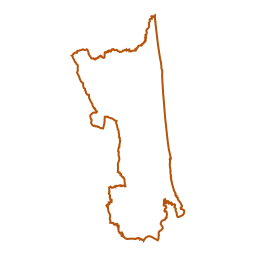 Tha Sala, Nakhon Si Thammarat, Thailand (Equal Earth projection)
{"feature_id": "78962969B88164862603856", "entity_name": "Tha Sala", "entity_type": "district", "adm_level": 2, "iso_a3": "THA", "parent_name": "Thailand", "parent_adm1": "Nakhon Si Thammarat", "projection": "equal_earth", "projection_center": [99.868, 8.707], "detail": "fine", "context": "isolated", "style": "outline", "palette": "amber", "viewbox_px": 256, "rotation_deg": 0, "n_neighbors": 0, "source": "geoboundaries", "source_scale": "gbopen_adm2", "svg_char_len": 5854}
<svg xmlns="http://www.w3.org/2000/svg" viewBox="0 0 256 256"><path d="M184.2,210.4L182.3,209.3L180.7,208.9L180.7,207.6L182.0,206.6L182.0,205.9L180.4,202.8L178.3,200.1L177.8,198.9L177.7,197.6L176.8,197.4L176.6,195.9L176.1,196.0L175.7,195.8L175.3,194.6L175.7,193.8L174.0,190.5L171.8,182.9L171.9,182.3L171.3,180.9L171.5,180.6L170.9,178.6L171.1,178.4L170.7,176.2L171.1,176.0L170.4,173.0L170.3,171.5L170.6,171.3L169.7,164.4L169.9,163.9L170.0,160.6L170.7,158.9L169.9,158.9L170.3,157.7L170.7,157.7L168.8,149.2L167.9,142.9L165.3,119.5L163.1,93.1L163.0,90.0L162.9,89.9L162.1,75.8L162.3,70.7L161.5,68.8L161.1,63.4L160.0,58.0L157.9,44.2L155.4,22.6L155.5,21.7L155.2,21.4L154.9,15.4L154.4,15.8L153.9,17.0L152.0,16.1L151.5,16.2L151.3,16.8L152.0,18.1L151.9,18.8L150.0,19.1L149.6,19.6L149.8,21.6L148.9,23.0L148.8,23.6L149.2,25.7L149.1,26.6L148.2,28.3L146.7,29.6L146.3,31.1L146.8,32.3L146.5,34.1L146.3,34.5L145.6,34.6L145.3,35.1L145.4,35.7L146.0,35.9L145.6,37.2L145.3,37.5L146.1,37.9L145.6,39.3L145.7,40.8L145.2,41.4L145.0,41.0L144.9,41.9L144.3,42.4L144.0,42.2L143.6,43.0L143.4,42.9L142.3,44.6L141.9,44.3L141.3,45.3L141.0,45.0L140.3,45.6L138.4,45.8L137.7,47.5L136.7,48.1L136.8,48.8L135.8,49.0L135.8,49.4L135.5,49.3L135.6,50.6L132.8,50.6L130.9,51.4L129.7,51.1L129.4,51.2L129.5,49.7L129.3,49.4L128.7,50.0L127.4,50.0L127.0,50.5L126.4,50.6L126.2,49.7L125.8,50.2L125.1,49.9L124.6,50.3L123.2,50.5L122.5,51.4L119.8,52.1L119.2,51.6L117.7,51.0L117.3,50.3L116.7,49.9L115.2,50.3L114.2,49.6L113.4,49.7L113.3,49.4L112.7,49.8L112.2,49.3L112.0,49.7L110.9,50.3L110.9,51.4L110.4,51.5L110.1,50.6L109.8,50.7L110.0,51.2L109.7,51.4L108.9,50.7L108.2,51.9L107.6,51.4L107.4,52.0L106.7,51.9L106.5,52.5L105.6,52.7L105.3,52.2L104.8,52.3L104.6,53.2L104.6,56.9L104.2,57.6L103.8,57.9L102.4,57.5L101.7,56.3L100.7,55.8L100.5,56.5L99.6,56.2L99.4,56.6L98.5,56.9L98.4,57.6L98.1,57.5L97.3,58.2L96.0,58.3L95.6,58.6L95.8,59.1L95.2,59.5L94.7,59.4L94.2,58.7L93.8,58.8L93.2,58.3L92.5,58.6L91.3,58.4L91.0,57.6L89.1,54.9L88.5,53.5L88.6,52.8L88.4,52.1L88.0,51.4L87.6,50.1L86.8,49.3L85.1,50.1L84.1,49.9L83.2,49.4L82.6,49.4L81.1,50.2L80.0,50.2L78.9,50.8L77.4,50.8L77.1,51.2L77.1,52.7L76.2,52.8L75.6,52.5L74.6,52.8L73.8,53.7L73.3,53.9L72.5,55.5L71.8,55.7L72.7,56.7L73.3,58.4L74.7,61.1L74.9,61.9L76.1,63.1L76.6,64.2L77.5,64.8L77.9,66.3L77.6,68.9L77.9,70.3L77.0,72.5L79.3,77.0L79.6,78.6L81.2,81.8L83.2,83.2L83.1,85.4L83.8,88.0L85.0,88.8L85.1,90.3L85.9,91.7L86.1,93.1L87.2,94.6L87.5,94.8L88.9,94.7L89.1,97.9L90.7,101.4L92.3,103.9L92.7,106.0L93.9,107.9L94.2,107.8L94.8,108.3L95.0,108.8L94.7,109.1L96.0,110.6L96.3,111.4L96.9,111.5L96.7,112.3L96.0,112.8L94.0,112.5L93.0,112.7L90.4,115.2L90.3,116.5L90.8,118.7L91.7,120.0L91.0,122.6L92.0,124.7L93.5,125.9L94.7,125.6L95.4,126.4L97.4,126.3L97.8,126.9L98.3,126.8L100.5,128.0L103.0,128.5L103.2,128.2L104.5,122.6L104.7,117.0L105.0,116.7L105.8,116.6L106.8,117.0L107.8,116.6L108.5,117.4L112.6,118.7L114.3,120.0L114.4,120.4L116.5,120.8L116.1,122.9L116.9,125.2L117.8,129.3L118.5,130.5L118.7,132.6L119.1,134.5L119.1,137.5L119.8,137.9L119.9,140.4L120.1,140.8L119.5,144.6L119.3,144.8L119.5,146.7L119.4,146.9L119.1,146.7L118.3,149.0L118.4,150.2L118.1,151.4L118.8,152.0L118.5,154.9L119.1,157.0L119.4,159.6L117.9,163.5L117.9,166.0L118.1,167.2L117.8,171.9L118.5,171.8L119.0,172.7L119.6,172.7L119.6,173.2L120.0,173.2L120.3,173.8L120.6,173.9L120.7,174.4L120.9,174.4L120.7,174.8L121.0,174.8L121.7,176.4L122.1,176.5L122.5,177.0L122.6,176.8L123.3,177.2L123.9,178.4L124.3,178.5L125.0,185.7L125.4,186.1L125.1,186.3L124.8,186.0L124.6,186.2L124.0,185.5L122.4,185.9L121.8,185.6L121.6,185.9L121.2,185.5L120.9,186.1L120.6,186.1L120.0,185.4L119.5,185.3L118.6,185.8L116.4,185.9L115.8,186.5L115.5,186.3L115.4,187.0L114.8,186.6L114.1,186.7L113.6,187.5L111.8,187.7L110.8,186.7L110.0,187.3L109.4,187.2L109.1,187.5L109.4,191.5L109.1,191.8L109.4,193.0L108.8,193.3L109.1,194.2L110.0,195.3L110.0,196.6L109.7,197.2L110.2,198.0L110.2,199.3L111.6,199.8L111.6,202.0L111.3,202.1L110.6,201.5L110.2,201.5L110.0,202.7L108.9,202.6L109.2,203.2L109.3,204.2L108.7,204.4L108.1,204.1L107.7,204.8L106.6,205.1L106.4,205.7L107.0,206.0L107.3,206.9L107.9,206.6L108.1,209.7L108.6,211.9L110.1,214.8L110.2,216.6L109.8,217.6L109.9,219.6L110.5,220.9L110.2,222.8L113.1,222.9L113.0,223.3L113.5,223.4L114.0,224.3L114.5,224.7L115.6,224.1L115.9,224.6L116.5,224.3L116.9,224.9L117.2,224.0L117.5,224.1L117.8,225.0L117.6,225.6L117.6,226.1L118.3,225.7L118.7,225.8L118.7,226.2L118.2,226.2L118.0,227.0L118.7,227.9L118.3,228.8L118.3,229.4L118.6,229.8L118.5,231.1L119.8,233.2L120.8,233.4L121.4,232.4L121.8,232.5L122.8,234.1L122.2,234.6L121.4,234.6L121.6,235.9L121.9,235.9L122.2,235.3L122.7,236.3L123.3,236.0L124.4,237.6L126.2,238.8L126.7,238.6L127.3,239.0L131.2,238.6L131.8,238.8L132.8,238.6L134.0,238.7L134.7,239.1L135.8,239.0L136.1,238.5L138.0,238.0L138.2,238.3L138.5,237.9L140.3,238.7L140.3,239.4L140.7,239.1L141.4,239.2L142.2,239.9L143.4,239.7L143.7,240.6L144.6,239.1L145.8,237.6L148.2,236.3L149.6,236.2L151.6,236.9L157.7,240.3L158.6,238.1L158.5,236.8L158.7,235.7L158.9,235.5L158.6,235.1L158.8,234.1L158.6,233.0L158.8,232.2L159.8,230.9L161.3,230.2L162.8,228.2L162.4,226.6L160.8,224.2L160.7,223.3L161.1,222.2L161.7,221.1L162.4,220.5L165.1,219.6L165.4,219.2L165.6,217.9L166.4,218.0L166.7,217.6L166.6,216.7L167.0,214.1L166.4,211.6L166.0,211.2L164.9,211.6L164.4,210.8L165.0,208.8L166.3,207.8L166.3,207.1L165.6,205.8L164.0,205.7L163.6,205.2L164.0,203.2L164.0,200.3L164.3,199.6L165.0,199.1L165.5,200.2L165.5,200.7L164.9,201.9L165.2,202.9L165.6,203.4L166.6,203.3L166.9,202.7L166.9,201.3L167.9,201.0L169.1,202.1L169.0,203.6L169.9,203.5L170.5,202.7L171.2,202.5L171.8,203.1L171.5,204.6L171.9,205.0L174.2,204.2L175.1,204.7L175.0,206.1L174.5,206.7L174.4,207.2L175.9,208.8L175.5,210.2L176.7,213.2L176.9,215.5L177.6,216.9L178.7,217.0L179.8,216.5L182.2,215.4L183.2,214.7L183.8,213.6L184.2,212.0L184.2,210.4Z" fill="none" stroke="#b45309" stroke-width="2"/></svg>